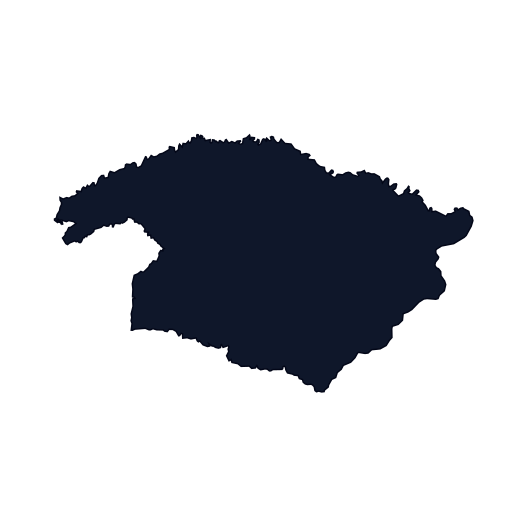 Quimbaya, Quindío, Colombia (Mercator projection), rotated 192°
{"feature_id": "7082276B28031700236172", "entity_name": "Quimbaya", "entity_type": "district", "adm_level": 2, "iso_a3": "COL", "parent_name": "Colombia", "parent_adm1": "Quindío", "projection": "mercator", "projection_center": [-75.769, 4.613], "detail": "fine", "context": "isolated", "style": "filled", "palette": "ink", "viewbox_px": 512, "rotation_deg": 192, "n_neighbors": 0, "source": "geoboundaries", "source_scale": "gbopen_adm2", "svg_char_len": 6120}
<svg xmlns="http://www.w3.org/2000/svg" viewBox="0 0 512 512"><g transform="rotate(192 256 256)"><path d="M459.2,269.9L457.4,268.0L457.0,265.9L457.7,262.6L457.6,259.3L459.1,255.2L459.2,251.5L460.8,250.3L460.5,249.1L457.1,247.5L456.6,248.1L453.9,248.1L453.5,247.1L452.7,247.3L452.4,246.7L451.7,247.1L452.8,249.2L455.6,248.8L457.3,249.3L458.1,249.6L457.4,251.0L455.4,250.2L453.8,250.7L448.6,250.2L446.6,251.7L441.5,251.7L438.8,250.3L443.1,245.6L445.1,244.8L446.0,240.7L447.3,238.8L446.9,237.5L447.4,235.8L449.0,233.4L444.6,228.6L442.7,228.0L441.1,230.0L436.5,233.1L434.9,232.5L433.3,233.4L431.8,232.4L430.5,232.6L429.8,233.6L428.9,237.8L427.8,238.2L427.4,239.7L425.6,239.7L425.3,241.8L423.8,242.0L422.3,243.1L419.9,246.2L419.8,248.5L413.5,251.8L411.4,254.5L408.2,254.1L406.3,254.7L405.9,256.4L404.4,257.5L403.0,256.8L402.4,254.7L401.7,254.8L401.2,258.0L399.9,258.8L395.6,259.3L395.0,260.7L393.6,260.4L391.8,261.8L389.7,264.6L390.0,266.1L389.3,267.4L385.5,267.4L384.3,266.5L383.3,267.0L381.7,264.0L379.3,264.4L377.2,263.2L375.1,263.7L370.0,259.6L370.5,257.2L370.0,256.5L366.1,256.8L366.6,255.1L366.1,253.5L363.4,254.5L362.3,251.7L360.0,252.6L358.3,250.6L355.7,249.6L354.8,248.2L352.1,247.3L351.2,246.1L347.3,244.1L348.5,243.2L348.2,241.6L350.3,241.6L351.5,238.5L350.7,235.9L351.9,230.1L355.5,229.9L356.8,226.8L358.1,225.7L358.6,222.8L362.4,217.1L363.3,216.6L365.4,217.0L367.9,214.0L371.1,211.8L371.2,203.1L369.5,198.0L368.4,191.0L368.2,190.3L366.5,190.5L365.5,189.4L367.5,188.6L367.5,187.6L365.8,181.2L366.0,173.4L364.7,169.9L364.7,166.7L363.2,164.2L362.6,157.5L361.4,157.7L359.3,159.3L349.2,162.3L345.4,161.6L343.9,161.9L341.7,163.5L337.8,163.2L331.4,164.4L329.7,163.5L327.1,163.6L325.8,166.2L322.1,166.9L318.4,165.7L315.0,161.9L314.2,162.3L313.2,164.7L311.7,164.6L310.6,160.4L306.3,161.8L302.4,161.4L297.6,163.4L295.8,160.8L294.5,160.1L293.3,161.2L289.3,158.1L284.6,157.4L282.6,158.3L283.9,160.4L280.2,158.8L279.0,159.1L276.6,158.2L273.6,158.1L271.7,159.1L271.8,161.6L271.3,162.2L269.2,159.8L264.7,162.5L263.6,161.7L263.9,159.1L262.8,156.9L264.0,152.3L260.6,147.9L258.9,149.5L257.4,146.9L251.3,146.9L247.6,145.0L239.7,146.9L236.9,145.2L233.3,146.4L232.4,148.9L230.6,146.7L227.8,145.7L223.9,147.4L221.4,147.7L219.0,146.4L217.6,146.8L216.0,148.4L207.0,150.5L206.5,151.3L206.6,153.3L205.6,154.1L204.2,153.5L203.1,150.8L200.9,148.2L195.6,148.1L193.9,147.4L189.9,147.8L188.1,145.1L184.8,144.8L183.5,142.3L181.2,141.1L179.0,141.0L175.6,142.0L174.1,141.8L171.9,140.3L170.3,136.6L168.6,135.8L166.6,136.9L163.6,136.7L161.2,137.5L161.1,139.1L158.1,142.9L158.2,145.0L156.3,151.1L152.8,153.7L152.3,158.9L149.1,162.9L147.9,167.2L141.3,171.8L138.1,177.0L136.4,182.5L135.3,183.1L129.1,183.4L126.2,184.4L123.4,188.4L115.3,191.0L110.1,195.5L108.0,201.2L106.1,204.5L108.1,213.0L108.1,215.6L102.7,218.7L99.4,223.6L100.1,230.1L95.8,232.8L92.5,236.0L87.1,244.7L83.0,248.8L79.8,250.0L71.1,251.1L69.1,252.2L68.5,255.8L64.6,261.1L64.5,267.5L66.4,270.8L71.0,275.1L72.1,279.2L74.9,281.5L77.2,282.0L79.2,284.2L79.2,287.3L77.3,291.0L77.1,292.9L80.5,295.9L81.4,298.7L80.8,300.3L76.6,304.4L65.2,309.2L56.3,317.5L54.7,319.8L51.7,329.8L51.2,335.7L52.8,338.9L55.4,340.1L57.1,343.9L63.1,345.5L63.6,346.2L65.8,345.2L68.0,343.1L69.5,344.6L71.2,344.2L71.7,342.9L70.5,341.1L70.7,340.4L73.8,337.9L77.2,337.1L78.4,334.3L89.6,337.2L93.1,335.9L94.0,339.1L94.8,339.7L95.8,339.0L96.0,336.2L97.0,336.1L101.0,340.8L104.8,343.5L104.3,345.1L106.1,347.2L108.6,348.7L112.3,348.9L110.1,352.6L111.0,353.9L112.7,353.8L116.0,348.9L118.7,348.9L120.3,349.7L119.1,351.8L120.5,353.7L120.7,355.6L121.3,355.9L122.2,353.3L124.3,350.6L124.6,347.7L128.7,344.4L129.6,344.4L135.9,348.7L135.9,349.5L134.2,350.2L133.4,351.6L133.3,355.3L133.8,355.8L136.2,355.0L138.6,352.2L140.3,351.5L141.5,353.8L142.0,358.3L143.1,359.4L144.0,359.5L145.3,358.2L147.5,353.6L148.5,355.7L150.5,357.1L151.8,359.2L157.4,360.9L160.3,360.2L163.3,360.7L165.9,359.7L167.8,362.1L170.6,360.0L174.3,358.9L174.4,358.1L172.0,356.2L172.9,355.0L178.5,355.5L181.2,357.0L183.0,357.1L185.5,355.9L188.1,353.4L192.9,353.0L193.7,352.2L194.3,349.8L196.1,349.0L200.7,350.8L198.0,353.4L198.0,354.7L198.8,355.7L200.0,355.7L202.0,352.2L204.4,351.8L206.5,354.1L207.5,356.9L211.6,356.8L213.4,357.4L216.3,359.0L218.9,362.1L225.2,361.4L225.7,363.8L224.2,365.5L225.1,366.4L228.3,366.6L233.4,364.5L234.6,367.6L240.6,368.8L245.0,372.8L251.1,372.1L255.7,375.4L256.8,371.8L259.2,371.2L262.8,374.0L263.7,375.9L265.4,376.2L266.6,375.3L265.5,373.6L265.5,372.1L266.9,371.5L270.1,373.5L270.4,372.5L269.4,370.9L269.9,370.3L271.8,372.0L273.0,372.1L273.7,371.4L274.7,366.6L276.6,364.9L277.4,365.5L276.6,368.0L277.2,370.1L278.5,370.4L279.2,368.1L280.3,367.3L282.4,367.3L283.1,368.4L281.9,370.1L282.1,371.4L285.1,371.1L285.7,368.9L286.5,368.7L286.8,371.9L287.5,373.0L289.9,369.6L292.7,368.1L292.5,363.1L294.8,362.0L296.5,362.6L295.0,365.0L295.3,365.4L298.3,364.5L300.0,362.2L303.5,362.9L306.1,360.7L309.3,363.7L310.0,363.1L310.4,360.9L311.6,360.0L315.2,361.4L315.8,361.0L316.1,359.1L316.7,358.9L319.0,360.1L319.4,359.5L320.9,360.7L322.7,360.6L322.7,357.8L323.5,357.2L324.5,357.6L325.0,360.3L329.6,358.3L331.0,360.4L333.4,360.0L333.0,361.7L334.0,362.4L335.2,362.4L335.2,359.9L337.8,362.6L338.8,362.5L339.1,361.8L338.4,359.7L339.0,358.5L341.4,359.0L343.3,358.2L343.1,355.2L343.9,352.9L344.9,352.8L346.0,354.3L347.8,351.2L350.7,350.9L350.8,347.2L354.0,349.5L354.4,347.7L353.9,344.0L356.3,340.9L357.7,342.5L358.5,345.0L363.1,345.1L363.5,344.5L362.9,342.3L363.5,341.6L368.7,337.0L371.4,335.7L373.6,333.0L376.6,331.6L379.4,332.5L380.9,328.9L382.0,327.9L382.8,328.0L383.9,330.0L384.7,330.1L386.9,320.3L389.5,318.0L391.4,318.1L392.5,321.0L394.2,322.1L395.7,321.6L397.8,319.3L401.7,319.0L402.6,318.0L402.4,315.7L403.0,314.1L407.2,312.1L411.7,308.0L416.2,308.4L417.0,306.0L416.9,302.1L420.4,300.6L421.8,303.1L423.8,302.5L425.8,299.3L426.4,294.1L427.7,291.3L428.6,291.2L429.7,293.9L430.8,293.8L433.1,289.6L434.3,289.3L435.6,290.1L436.5,286.9L439.1,287.6L440.1,285.9L440.4,282.7L444.9,282.4L445.0,281.4L443.3,280.1L445.6,277.2L448.5,276.1L450.7,273.7L453.4,273.7L456.5,271.6L459.9,272.5L459.2,269.9Z" fill="#0f172a" stroke="#020617" stroke-width="1.5"/></g></svg>